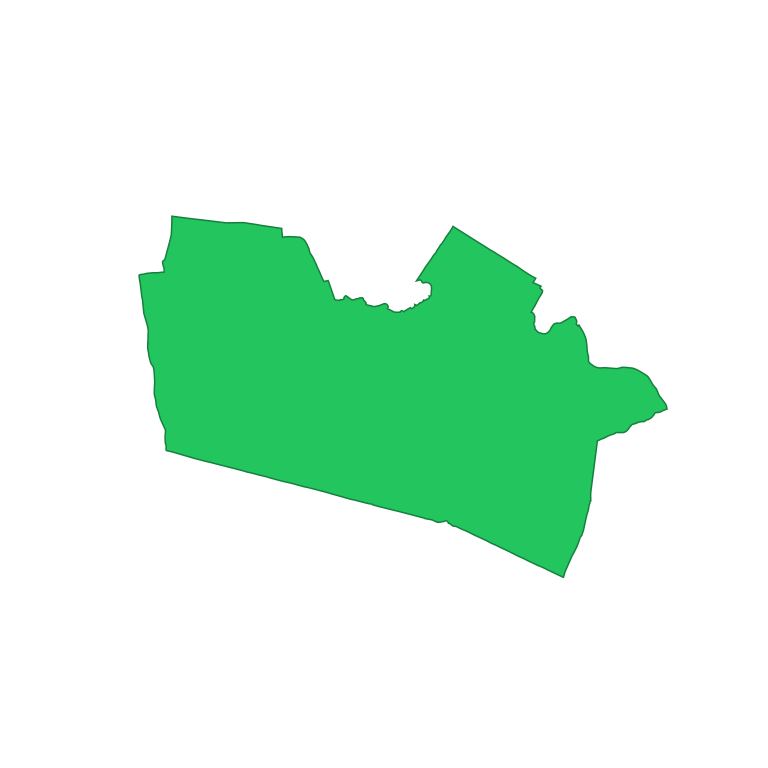 Icoana, Olt, Romania, rotated 322°
{"feature_id": "2599482B73230890802840", "entity_name": "Icoana", "entity_type": "district", "adm_level": 2, "iso_a3": "ROU", "parent_name": "Romania", "parent_adm1": "Olt", "projection": "orthographic", "projection_center": [24.708, 44.406], "detail": "fine", "context": "isolated", "style": "filled", "palette": "green", "viewbox_px": 768, "rotation_deg": 322, "n_neighbors": 0, "source": "geoboundaries", "source_scale": "gbopen_adm2", "svg_char_len": 6171}
<svg xmlns="http://www.w3.org/2000/svg" viewBox="0 0 768 768"><g transform="rotate(322 384 384)"><path d="M411.5,643.2L426.4,635.2L431.3,633.1L435.7,631.0L441.1,627.8L443.4,626.1L444.6,625.5L446.5,625.1L447.5,624.5L451.2,622.0L461.5,613.4L463.3,612.0L467.4,609.1L471.4,605.5L472.8,604.7L474.3,603.3L474.9,603.5L478.9,598.2L481.0,595.9L501.6,575.6L517.0,560.3L521.9,561.3L523.4,562.0L530.3,563.3L533.0,564.4L535.7,565.2L536.3,565.0L536.7,565.2L537.7,565.6L539.0,566.8L540.9,568.3L541.3,568.4L542.4,569.4L542.9,569.7L544.8,570.3L546.4,570.4L547.5,570.1L548.4,570.1L549.2,569.9L551.7,568.9L552.2,569.1L553.7,568.7L554.6,568.7L555.8,569.1L556.4,569.5L556.8,569.5L559.1,570.5L560.6,570.5L564.6,572.7L564.7,573.1L565.8,573.7L569.2,574.1L570.3,574.7L571.1,574.9L574.2,575.2L576.0,574.9L576.3,574.6L577.0,574.5L577.4,574.6L579.0,573.9L579.8,573.7L581.6,574.4L582.0,575.1L583.3,575.5L584.1,576.1L587.8,576.8L591.6,578.0L592.9,575.5L593.6,572.9L593.7,569.8L593.7,563.0L594.0,561.3L595.5,556.2L595.6,554.4L595.4,551.7L595.5,549.5L596.3,544.0L596.5,541.0L596.3,539.6L595.8,537.9L593.6,532.0L592.2,528.8L591.1,526.7L589.7,524.6L585.1,520.1L581.9,517.4L579.1,516.3L576.8,515.1L567.6,506.7L565.1,505.1L562.8,503.2L561.3,501.1L560.4,499.4L559.2,495.1L559.0,493.7L559.1,492.5L559.6,491.4L561.9,488.5L563.3,485.3L564.8,482.6L567.5,478.7L570.5,473.6L571.4,471.4L572.5,467.5L573.0,465.1L573.4,462.3L573.9,457.6L572.6,458.0L572.4,456.9L572.4,455.4L572.7,454.9L574.0,453.8L574.7,452.9L574.9,452.2L575.2,450.9L575.6,449.5L575.6,448.9L574.9,447.9L573.2,446.5L572.3,446.1L568.5,445.9L561.0,444.8L559.5,444.0L558.3,442.9L557.2,442.1L555.6,441.5L555.0,441.4L554.1,441.5L550.8,442.4L548.0,443.8L547.3,444.0L544.5,444.3L542.8,444.0L541.3,443.2L540.3,442.4L539.7,441.6L537.7,438.8L537.3,437.7L537.0,436.4L537.1,435.2L536.8,434.1L536.8,433.8L536.9,433.5L537.3,433.2L538.1,431.7L538.9,429.1L539.3,428.4L539.8,428.0L540.8,427.9L541.1,427.5L542.3,426.2L543.1,425.0L544.4,423.7L544.4,423.3L544.8,422.4L545.1,421.2L545.1,420.4L544.8,419.2L544.1,418.2L545.0,417.7L549.1,415.9L550.9,415.4L552.4,414.6L553.7,414.1L555.0,413.4L557.5,412.4L559.1,411.6L564.5,409.7L566.3,408.3L566.5,407.8L566.5,407.4L565.9,404.8L566.0,404.5L566.5,404.1L568.0,403.6L563.9,395.9L568.7,394.1L566.7,389.8L563.3,380.2L561.3,373.3L560.1,370.5L556.5,360.4L556.0,358.7L554.7,355.4L553.7,352.9L552.2,348.3L550.5,344.3L549.3,341.0L548.1,337.5L547.5,336.0L535.4,302.3L533.7,303.1L528.4,304.9L522.2,306.7L521.7,307.1L516.3,308.9L514.5,309.1L509.8,310.8L507.5,311.5L506.8,312.0L505.5,312.5L504.1,312.7L502.3,313.1L497.6,314.7L487.8,317.6L484.8,318.8L473.1,322.7L476.6,324.2L477.0,325.2L477.0,326.1L476.9,326.5L476.7,326.9L476.6,327.2L476.9,328.3L477.7,328.9L479.2,329.5L480.8,331.0L481.2,331.5L481.6,332.3L481.7,332.8L481.9,333.9L481.7,335.8L481.3,336.5L481.0,336.8L480.5,337.9L480.1,338.2L475.7,343.0L475.0,343.2L474.0,342.8L473.7,342.5L473.5,343.4L471.6,344.2L470.2,343.6L468.0,343.4L467.5,343.0L467.2,342.3L467.0,342.2L466.7,342.3L467.0,343.0L462.5,342.7L462.4,342.2L458.2,342.3L457.2,340.3L456.8,341.0L456.2,341.5L455.8,341.7L454.4,341.9L452.7,341.9L452.1,341.3L451.8,340.5L451.8,340.1L448.9,339.6L445.1,339.3L444.3,339.4L444.0,338.8L443.8,338.1L443.2,337.2L441.9,336.9L440.7,337.2L437.7,334.9L436.5,333.8L436.1,333.2L434.3,329.0L433.9,328.3L433.2,327.5L433.1,327.1L433.2,326.6L434.7,325.9L435.0,325.4L435.3,324.6L435.3,323.8L435.2,322.8L434.9,322.1L434.4,321.5L433.7,320.8L428.7,319.3L424.8,317.5L424.0,317.0L422.8,315.7L422.1,314.6L419.8,311.9L419.0,310.8L418.8,310.4L418.9,310.1L419.7,309.2L419.9,308.6L419.7,306.0L419.5,305.4L420.2,303.8L420.1,302.8L417.7,301.1L417.3,301.0L416.3,300.9L414.6,299.9L413.5,299.4L412.4,299.2L411.5,298.8L410.5,297.9L410.1,297.2L409.9,295.8L409.3,294.7L409.2,294.2L409.3,293.6L408.8,292.5L408.5,291.3L408.2,290.9L407.9,290.8L406.0,291.1L405.6,291.3L405.4,291.6L405.4,291.9L405.2,292.1L404.3,292.1L403.0,292.0L401.9,290.9L401.3,290.6L399.9,290.5L399.6,290.2L399.3,289.6L397.8,288.2L397.6,287.7L397.2,287.0L398.8,282.7L403.7,268.1L399.7,266.2L400.5,262.6L402.5,254.9L403.5,250.3L404.3,248.1L404.6,246.4L405.9,240.5L406.4,235.2L407.0,233.4L408.1,231.3L409.4,226.0L409.7,223.9L409.8,221.5L409.7,220.7L408.9,218.1L408.0,216.4L403.1,212.1L399.5,209.1L395.9,206.7L394.4,206.0L397.8,200.3L399.2,198.5L384.4,182.9L381.2,179.3L372.8,170.5L370.7,168.8L359.0,160.0L330.2,131.4L320.2,121.2L319.8,121.7L315.6,126.9L310.4,133.0L308.4,135.3L304.4,138.6L297.8,143.6L295.7,145.1L288.9,150.3L287.9,150.9L285.5,151.1L285.0,151.2L284.6,151.5L283.1,154.2L282.3,156.4L281.8,157.6L280.6,159.3L280.1,159.9L279.3,160.4L278.2,159.4L274.5,157.2L270.4,154.1L264.8,150.5L262.9,149.8L259.1,147.6L258.7,147.5L257.9,147.5L255.5,151.4L253.8,154.7L247.7,164.8L246.4,167.1L245.6,168.9L243.7,171.8L238.2,180.6L233.5,192.3L231.6,196.0L230.8,197.2L227.9,200.5L226.0,203.0L222.7,206.7L220.1,210.0L219.2,211.4L217.6,214.6L217.0,215.4L215.2,218.9L213.4,223.2L212.9,225.0L212.8,227.5L212.6,228.6L212.4,229.2L210.6,232.5L204.7,241.1L200.9,245.4L197.0,250.2L196.5,251.0L194.2,256.1L192.7,258.5L190.9,261.6L188.9,267.8L187.0,272.0L186.2,274.3L185.5,277.1L183.4,285.8L182.9,286.5L179.4,290.3L177.4,292.9L175.1,296.3L174.9,296.9L174.3,298.6L172.2,301.1L171.5,302.3L175.1,306.9L188.8,325.9L195.7,334.9L199.7,339.9L203.5,344.9L213.8,358.2L220.0,366.3L221.9,369.1L224.6,372.3L229.6,378.9L234.5,385.0L236.7,388.3L244.1,398.1L249.9,405.2L257.3,415.2L260.2,418.6L264.4,424.0L272.5,434.7L275.7,439.2L287.0,454.6L289.1,457.0L297.7,468.2L299.1,469.8L300.5,471.2L300.6,471.9L300.9,472.5L305.5,478.7L316.1,492.2L325.6,504.5L332.4,513.5L333.4,515.0L333.5,515.4L338.0,520.4L339.2,522.3L339.8,524.0L341.1,525.9L342.0,526.8L344.2,527.9L346.5,529.2L347.1,529.5L347.8,529.5L348.8,529.7L349.0,530.2L349.4,532.4L349.4,532.8L349.1,533.2L349.0,533.4L349.5,534.0L349.6,534.4L349.9,534.6L350.2,535.1L350.3,535.7L350.4,536.9L351.0,538.6L352.4,539.8L353.6,541.5L355.2,544.9L359.1,552.1L362.1,558.5L368.3,570.5L370.4,575.3L373.5,581.1L375.3,584.9L377.6,589.3L383.8,602.4L386.6,607.6L388.6,611.9L393.4,621.5L395.0,624.2L396.9,627.8L398.4,631.0L405.5,645.2L406.2,646.6L406.4,646.8L409.3,644.8L410.3,643.9L411.5,643.2Z" fill="#22c55e" stroke="#15803d" stroke-width="1.5"/></g></svg>